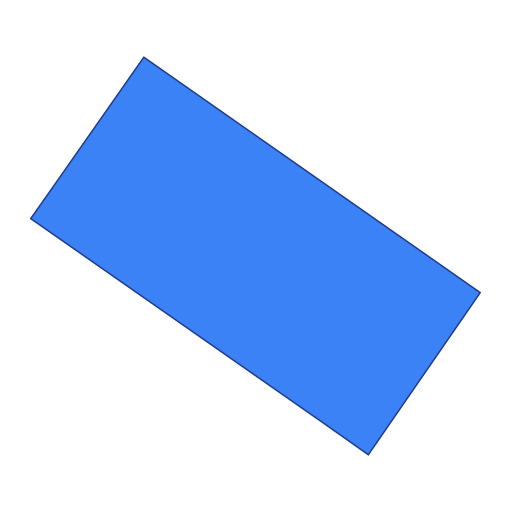 Perkins, Nebraska, United States of America (Natural Earth projection), rotated 35°
{"feature_id": "52423323B31196592045480", "entity_name": "Perkins", "entity_type": "district", "adm_level": 2, "iso_a3": "USA", "parent_name": "United States of America", "parent_adm1": "Nebraska", "projection": "natural_earth1", "projection_center": [-101.706, 40.851], "detail": "fine", "context": "isolated", "style": "filled", "palette": "blue", "viewbox_px": 512, "rotation_deg": 35, "n_neighbors": 0, "source": "geoboundaries", "source_scale": "gbopen_adm2", "svg_char_len": 262}
<svg xmlns="http://www.w3.org/2000/svg" viewBox="0 0 512 512"><g transform="rotate(35 256 256)"><path d="M460.7,157.4L50.1,157.5L50.1,158.5L50.1,321.1L50.0,354.6L412.1,354.2L462.0,354.4L460.7,157.4Z" fill="#3b82f6" stroke="#1e3a8a" stroke-width="1.5"/></g></svg>